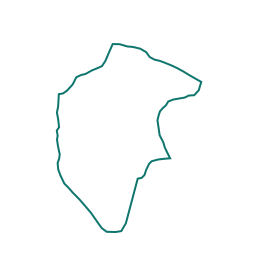 the district of Guarani d'Oeste, São Paulo, Brazil, rotated 139°
{"feature_id": "56859067B14528332437020", "entity_name": "Guarani d'Oeste", "entity_type": "district", "adm_level": 2, "iso_a3": "BRA", "parent_name": "Brazil", "parent_adm1": "São Paulo", "projection": "equal_earth", "projection_center": [-50.352, -20.063], "detail": "fine", "context": "isolated", "style": "outline", "palette": "teal", "viewbox_px": 256, "rotation_deg": 139, "n_neighbors": 0, "source": "geoboundaries", "source_scale": "gbopen_adm2", "svg_char_len": 1066}
<svg xmlns="http://www.w3.org/2000/svg" viewBox="0 0 256 256"><g transform="rotate(139 128 128)"><path d="M84.5,201.4L93.8,197.0L101.2,193.4L107.1,191.8L111.5,193.1L117.3,195.1L124.8,196.7L128.4,198.7L133.7,200.2L141.1,197.2L149.5,196.2L154.3,196.7L158.0,198.9L166.7,190.0L171.5,186.3L175.0,180.4L179.5,173.8L183.4,172.8L186.1,168.4L189.2,165.8L192.7,160.3L196.9,152.8L200.0,150.1L204.1,147.7L207.8,142.6L210.1,136.6L212.5,127.8L212.1,121.5L212.1,115.5L211.5,106.1L211.5,97.5L211.6,88.4L212.9,76.2L213.5,69.7L212.2,63.7L205.7,57.7L200.7,54.6L192.1,57.5L153.9,83.4L150.4,81.4L146.4,81.7L141.7,84.5L135.6,87.1L132.0,87.4L126.0,84.5L120.7,80.9L116.1,77.5L114.1,85.3L112.8,89.7L110.8,93.9L108.9,101.7L104.4,108.7L100.7,114.5L96.3,117.6L92.9,119.6L88.9,120.2L84.6,120.2L80.2,121.6L75.0,119.7L65.3,113.8L60.8,112.6L56.5,109.3L49.8,110.1L42.5,114.7L44.9,121.5L46.9,127.2L49.2,134.5L51.5,140.7L54.2,146.8L57.5,153.3L59.9,157.7L63.2,162.3L65.1,167.5L64.5,173.3L66.7,179.8L71.0,185.8L75.0,190.0L79.3,196.7L84.5,201.4Z" fill="none" stroke="#0f766e" stroke-width="2"/></g></svg>